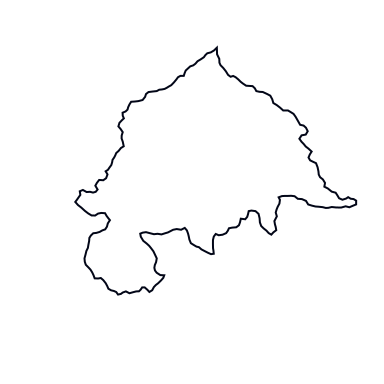 outline of Luminárias, Minas Gerais, Brazil, rotated 143°
{"feature_id": "56859067B9784964595296", "entity_name": "Luminárias", "entity_type": "district", "adm_level": 2, "iso_a3": "BRA", "parent_name": "Brazil", "parent_adm1": "Minas Gerais", "projection": "robinson", "projection_center": [-44.912, -21.523], "detail": "fine", "context": "isolated", "style": "outline", "palette": "ink", "viewbox_px": 384, "rotation_deg": 143, "n_neighbors": 0, "source": "geoboundaries", "source_scale": "gbopen_adm2", "svg_char_len": 3846}
<svg xmlns="http://www.w3.org/2000/svg" viewBox="0 0 384 384"><g transform="rotate(143 192 192)"><path d="M63.0,170.9L62.3,174.8L62.9,177.9L65.2,180.6L64.7,184.3L64.0,189.7L63.9,193.3L65.0,196.2L66.3,199.4L70.1,202.2L70.9,206.4L72.0,210.4L73.5,214.1L72.1,217.8L71.5,221.8L73.0,225.0L75.3,229.3L77.8,231.4L79.9,233.9L79.4,237.0L79.9,240.1L82.0,241.9L84.8,244.3L86.1,248.1L86.8,250.7L87.3,254.1L88.1,257.5L89.3,259.9L91.8,260.8L92.7,263.8L92.3,268.1L92.4,272.3L92.9,276.1L92.3,278.7L90.1,281.9L89.1,286.9L85.3,292.3L89.2,291.8L93.0,292.2L96.3,293.6L98.9,293.3L101.4,292.5L105.3,292.7L108.9,293.1L112.1,292.4L114.8,292.4L117.8,293.4L120.9,293.1L123.9,292.8L126.3,291.4L128.7,289.7L131.3,291.7L134.1,292.1L136.7,291.3L140.5,290.4L144.3,289.8L147.1,290.2L149.4,290.4L151.8,290.8L154.3,292.0L156.6,293.4L159.4,293.8L162.9,295.9L166.6,298.0L169.8,297.9L172.2,296.2L176.1,295.2L180.2,296.9L183.1,298.6L186.3,300.7L189.4,299.5L192.0,298.1L193.9,296.6L196.6,296.3L199.7,297.1L201.4,294.6L202.1,291.8L204.7,291.5L208.3,290.9L211.3,288.7L211.1,285.1L211.3,281.5L214.2,279.4L216.0,277.1L217.0,273.9L219.0,269.6L222.3,269.9L225.8,269.0L229.1,268.7L231.3,267.4L233.4,266.4L236.1,265.5L237.9,263.8L240.2,262.1L243.2,261.2L245.8,260.3L248.5,260.5L248.9,256.9L252.3,254.7L255.8,254.8L258.9,257.5L262.5,256.5L265.4,255.2L265.9,250.8L268.8,250.1L271.4,251.1L273.3,253.5L276.2,255.4L277.9,259.3L281.2,260.1L282.9,256.9L285.4,256.1L288.4,255.1L291.2,254.3L290.9,250.2L289.8,246.2L288.9,241.4L287.8,237.4L286.3,233.7L283.5,231.5L280.0,231.3L277.1,229.9L274.2,227.4L274.6,224.2L274.6,221.5L274.5,218.9L278.1,217.6L280.8,215.5L283.8,214.4L286.7,215.3L289.8,215.7L293.0,216.9L295.7,218.5L299.0,218.1L301.6,217.1L303.6,214.8L306.5,212.2L308.8,210.0L311.8,208.5L314.7,206.1L317.8,203.7L319.6,200.8L320.6,197.8L320.1,194.1L319.8,191.1L320.1,187.8L320.7,184.9L321.7,181.6L319.0,179.4L316.6,178.2L315.9,175.1L315.8,171.1L316.3,167.9L317.0,165.1L315.8,162.2L313.9,159.9L312.7,157.7L312.8,154.6L310.1,153.4L307.8,153.4L304.6,152.4L302.9,148.8L299.3,147.4L296.4,146.2L294.1,144.6L291.8,144.9L289.2,145.8L287.2,144.3L286.5,140.8L286.2,137.8L282.9,137.5L279.7,139.0L276.9,139.5L274.0,139.5L270.0,140.0L266.6,140.7L264.3,142.2L267.3,144.7L268.8,148.8L268.8,151.6L267.7,154.1L265.7,156.0L262.9,157.6L260.1,160.2L259.3,164.0L258.5,167.9L258.5,171.9L258.6,174.8L259.2,178.1L260.3,182.3L259.8,187.1L258.4,189.9L255.8,189.2L252.9,187.6L250.6,184.7L247.8,181.2L244.6,179.3L241.9,176.5L238.2,175.2L235.6,174.2L233.3,173.8L229.8,173.2L226.5,171.6L223.4,168.4L219.4,167.7L219.2,164.4L220.2,161.1L221.4,158.3L222.7,155.6L223.7,151.8L222.4,148.4L221.3,145.7L219.7,143.8L219.0,140.5L217.4,137.1L215.8,133.8L214.2,130.9L211.8,129.6L210.2,132.2L209.0,134.5L206.4,138.1L204.1,141.1L201.4,143.3L198.3,144.2L196.7,141.4L193.3,139.5L189.5,138.6L186.7,139.5L184.3,140.8L181.4,139.4L177.9,137.2L174.5,137.2L171.9,138.9L169.1,141.3L165.9,138.2L162.9,138.9L160.7,140.5L158.2,142.6L155.7,141.4L152.8,138.5L152.0,134.5L153.8,130.4L156.1,126.8L157.2,123.2L156.7,119.8L155.8,116.4L155.5,113.0L154.3,110.2L151.3,110.8L147.7,110.8L146.2,113.7L145.2,116.3L143.7,119.2L141.4,120.3L138.9,121.5L137.5,125.2L135.0,127.1L132.5,128.6L129.2,130.1L126.5,132.8L126.0,135.6L122.6,134.6L119.8,132.7L117.7,131.1L115.1,129.3L112.6,126.9L111.6,122.9L108.5,120.2L106.3,116.3L106.7,112.1L104.4,108.9L102.1,106.1L99.7,104.0L96.7,101.2L94.8,98.8L92.8,97.4L89.4,95.9L86.2,92.9L82.2,89.8L77.9,88.1L75.5,85.1L71.8,84.2L68.4,83.3L66.1,86.3L67.2,89.1L69.3,91.1L70.4,93.9L72.8,94.0L76.5,95.3L78.3,98.5L77.9,101.9L77.7,105.0L80.2,108.2L81.4,113.1L83.1,116.6L80.3,119.2L79.9,123.3L80.8,126.7L80.3,129.6L78.6,132.4L76.8,136.2L75.6,140.4L77.2,143.4L78.6,146.2L78.2,149.4L75.3,151.1L72.1,152.3L72.9,156.6L73.8,159.9L73.9,163.1L74.3,166.3L74.2,169.9L70.4,171.3L66.6,169.4L63.0,170.9Z" fill="none" stroke="#020617" stroke-width="2"/></g></svg>